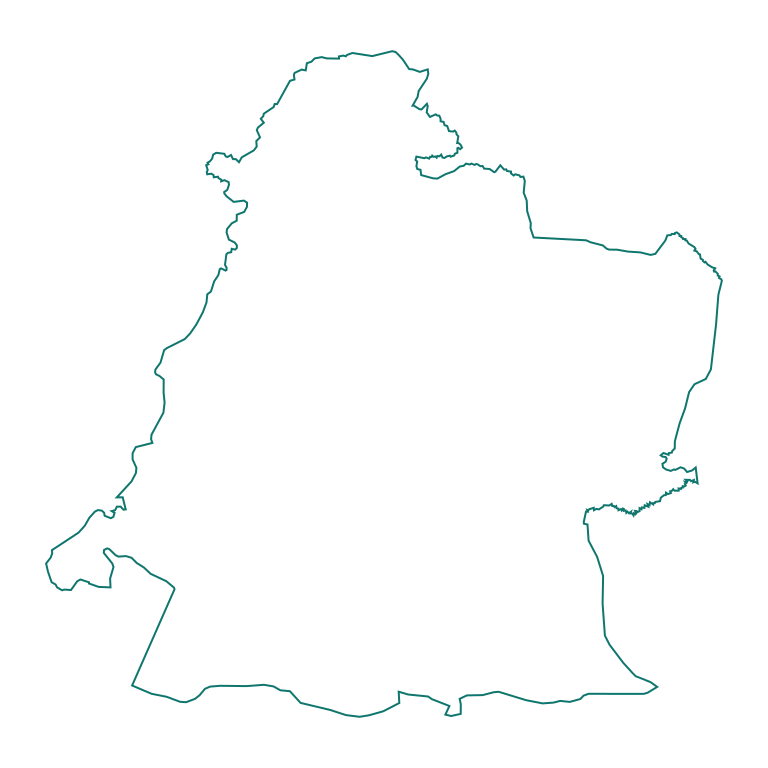 the district of Bang Mun Nak, Phichit, Thailand
{"feature_id": "78962969B44850282674557", "entity_name": "Bang Mun Nak", "entity_type": "district", "adm_level": 2, "iso_a3": "THA", "parent_name": "Thailand", "parent_adm1": "Phichit", "projection": "albers", "projection_center": [100.449, 16.044], "detail": "fine", "context": "isolated", "style": "outline", "palette": "teal", "viewbox_px": 768, "rotation_deg": 0, "n_neighbors": 0, "source": "geoboundaries", "source_scale": "gbopen_adm2", "svg_char_len": 6076}
<svg xmlns="http://www.w3.org/2000/svg" viewBox="0 0 768 768"><path d="M667.3,235.4L665.3,240.6L655.3,253.9L650.6,254.9L640.4,252.4L628.1,251.6L617.1,249.7L609.2,249.6L606.8,248.8L602.8,245.4L590.7,242.3L586.1,240.3L533.6,237.5L530.5,228.1L530.8,223.2L527.2,211.3L526.7,200.5L523.7,192.7L524.8,180.8L523.4,176.6L520.4,177.0L519.5,175.4L515.2,174.3L513.7,175.5L511.0,173.4L511.0,171.6L507.0,171.0L506.3,169.4L504.1,169.6L500.3,165.3L495.4,171.7L494.2,172.2L489.6,169.0L484.1,168.6L482.6,166.0L480.4,166.2L477.7,164.4L476.1,164.0L474.6,164.9L471.3,163.6L469.8,164.5L466.0,163.6L463.7,165.8L459.8,166.5L454.1,171.1L445.5,174.2L437.4,178.6L433.0,178.3L421.2,175.1L420.5,169.8L417.3,169.0L416.4,166.2L417.2,161.5L415.5,160.0L416.4,156.6L424.3,158.2L426.0,157.4L429.2,158.6L430.1,156.8L431.6,156.9L432.2,155.6L433.5,156.8L435.3,156.5L436.6,157.7L437.3,156.0L439.5,156.3L441.2,154.6L442.5,157.5L444.3,158.0L447.1,156.3L449.9,155.7L450.6,156.7L454.2,155.5L454.9,153.7L457.4,152.8L457.4,148.2L458.3,147.8L460.2,149.2L462.0,147.6L460.5,144.6L458.3,142.9L457.2,143.0L458.3,136.3L456.5,134.3L456.3,132.5L454.7,130.6L453.1,131.6L449.0,131.1L447.2,126.0L444.6,125.2L443.6,121.9L440.6,121.3L440.6,118.7L439.3,115.7L437.2,115.5L435.8,114.4L429.9,116.9L426.7,112.4L427.7,106.1L426.9,103.8L421.6,109.4L419.5,109.2L414.0,105.7L412.6,105.7L417.6,96.9L418.7,91.0L426.9,78.6L428.3,73.7L427.7,69.4L419.8,71.9L412.9,69.4L409.2,69.1L402.7,59.4L398.5,54.8L395.6,52.0L392.2,51.2L372.3,56.1L352.4,53.0L347.1,54.9L345.9,56.3L343.4,55.6L339.0,56.4L339.0,58.6L326.6,58.4L321.8,57.1L314.7,58.4L311.4,61.7L306.9,63.2L305.7,70.4L301.6,69.6L294.6,72.9L293.9,75.0L294.5,79.5L290.0,80.8L277.1,104.1L274.7,104.0L273.7,107.0L263.8,113.7L263.3,116.1L260.8,118.8L263.8,122.7L257.9,127.6L256.8,130.2L260.0,137.4L256.3,141.1L256.7,146.6L253.8,150.4L241.8,157.3L239.0,162.2L235.8,159.1L233.0,159.1L231.0,155.0L227.5,157.0L225.7,156.4L224.4,153.8L216.2,152.8L213.1,154.7L212.2,158.5L210.1,161.2L207.5,162.8L208.4,164.3L206.2,165.2L207.7,170.0L206.8,172.0L207.2,174.3L211.3,173.7L213.5,175.0L213.8,177.3L218.0,176.7L218.5,178.1L221.4,179.8L221.2,181.3L224.5,180.2L228.6,182.1L229.0,184.8L227.2,190.0L224.2,192.0L224.3,193.4L226.7,196.4L233.7,201.9L243.9,200.6L247.0,202.6L247.0,206.7L244.2,211.9L236.8,214.7L236.7,220.7L231.8,223.3L227.0,229.1L226.6,232.6L228.9,239.6L234.7,242.5L236.9,245.4L236.8,248.0L235.2,249.6L231.7,248.8L231.2,252.2L227.9,252.9L226.4,254.2L225.0,264.9L226.6,267.7L226.5,270.0L225.6,270.6L221.1,268.4L219.8,269.1L218.3,275.2L214.2,281.3L210.9,291.6L207.3,294.3L206.5,302.4L202.9,312.2L196.4,324.4L190.1,333.5L184.7,339.1L167.0,348.0L164.1,350.2L160.5,362.6L155.4,369.6L155.1,372.4L155.9,374.2L159.5,376.0L163.7,379.5L163.6,392.8L164.6,402.6L163.4,412.7L151.5,434.7L151.1,439.2L152.4,442.9L135.8,447.1L132.6,453.3L132.6,459.4L136.4,467.8L135.9,473.1L131.5,481.4L116.8,497.4L122.7,497.3L125.7,509.4L123.5,509.7L120.6,506.6L116.9,506.7L115.1,510.2L111.7,511.1L114.6,512.9L113.3,516.9L110.8,518.2L104.7,515.8L104.1,512.7L101.8,510.6L97.9,510.1L94.9,511.6L89.4,517.7L84.8,525.7L78.6,532.6L52.0,550.1L52.2,553.5L50.6,557.7L46.1,563.5L48.0,571.7L51.6,582.2L55.6,584.5L57.1,587.4L62.1,590.3L64.2,589.6L71.0,590.0L77.2,581.3L80.4,579.5L89.0,582.3L89.0,583.5L98.7,586.9L110.5,587.4L110.1,578.6L113.5,567.0L112.3,563.5L103.8,552.9L104.1,549.9L107.2,548.4L109.4,549.2L115.6,555.2L118.5,556.6L126.0,556.1L131.6,557.8L136.6,562.9L143.9,567.5L150.6,573.8L166.3,581.2L174.0,587.6L174.5,589.3L132.1,685.5L151.6,693.8L166.7,696.8L180.1,701.8L186.1,702.2L195.1,698.8L199.7,695.1L205.0,688.8L210.1,686.6L220.2,685.8L246.7,686.1L264.0,684.8L273.5,686.4L280.4,690.3L289.9,691.2L300.6,702.9L330.3,710.0L346.0,715.1L359.7,716.8L368.9,715.3L383.2,711.3L399.3,703.0L398.7,691.7L408.1,694.5L428.1,696.5L432.0,699.2L449.4,706.0L445.4,714.6L451.1,716.0L460.7,713.9L460.8,704.3L459.7,698.8L466.9,695.4L482.7,695.1L493.9,692.2L498.7,691.8L526.2,700.2L542.7,703.4L553.5,702.6L560.2,700.9L569.8,701.9L580.4,699.0L583.6,695.6L588.6,693.8L643.5,693.9L647.5,692.8L657.2,686.9L650.7,682.2L635.7,676.2L632.6,673.1L623.4,663.0L609.6,644.8L604.9,635.6L602.6,603.7L603.1,576.0L597.1,556.8L588.6,540.7L587.5,524.5L583.9,523.7L583.8,521.8L586.0,511.6L587.8,511.7L587.2,509.9L588.4,510.3L589.1,509.3L593.8,507.8L594.0,510.2L596.4,508.9L598.9,509.4L603.1,506.7L603.9,505.2L609.2,505.5L611.7,503.9L612.2,506.0L613.8,505.9L614.6,507.1L616.2,506.1L616.6,508.3L618.3,508.6L618.5,510.2L620.8,509.1L621.7,510.5L622.8,508.5L623.9,509.0L623.9,510.8L625.7,510.5L626.3,512.8L627.4,511.6L628.9,513.2L630.9,511.8L630.3,513.4L632.2,513.5L633.5,515.4L633.9,513.3L635.3,514.4L636.1,513.6L635.1,510.9L636.7,511.1L637.1,512.3L639.6,511.1L639.6,508.2L641.5,509.2L641.8,507.4L644.4,507.9L644.7,505.3L648.3,506.7L647.5,504.0L649.6,505.1L650.0,502.3L653.2,504.4L653.3,503.1L654.8,503.1L655.3,501.9L660.0,501.2L660.8,497.7L664.0,495.2L665.8,495.1L666.0,492.7L667.9,494.1L670.9,493.0L670.2,491.2L672.1,490.7L673.2,489.2L674.5,490.7L678.7,490.7L678.6,488.4L681.0,488.9L681.3,487.8L682.8,487.6L682.8,486.2L684.3,486.5L685.7,485.6L684.9,484.0L685.9,483.4L685.0,481.9L686.8,482.4L687.4,481.3L685.8,479.8L690.0,479.9L691.0,481.2L693.8,480.0L693.3,482.3L694.8,481.7L697.6,483.3L695.7,467.5L692.0,470.5L687.1,472.0L684.2,468.6L680.6,467.3L675.3,469.9L674.1,469.4L670.8,470.9L666.1,469.5L663.0,467.3L662.4,463.8L665.6,461.8L666.7,458.7L665.6,457.0L662.4,456.6L660.7,455.3L663.5,453.0L668.6,454.8L668.8,453.1L671.8,452.6L672.3,450.9L674.7,448.6L674.9,441.1L679.6,423.4L685.1,408.3L689.1,392.1L694.5,384.2L705.8,379.0L710.9,369.3L716.0,325.0L718.4,294.6L721.9,280.6L721.2,279.2L719.0,278.0L719.6,276.4L717.7,275.5L717.8,273.8L715.4,271.4L714.1,271.6L713.7,270.4L715.2,268.3L712.1,267.3L707.6,264.5L705.5,261.8L704.6,262.4L702.9,261.0L702.8,259.8L700.6,258.6L700.0,254.4L698.9,254.2L696.6,251.2L694.4,250.6L695.5,248.7L694.4,247.1L688.6,243.5L686.8,240.6L685.4,240.3L685.5,239.1L683.1,239.0L683.0,238.1L681.3,237.3L681.2,236.0L679.6,236.0L679.4,234.4L676.8,232.4L674.9,233.0L674.7,234.1L671.8,233.9L670.9,235.0L667.3,235.4Z" fill="none" stroke="#0f766e" stroke-width="2"/></svg>